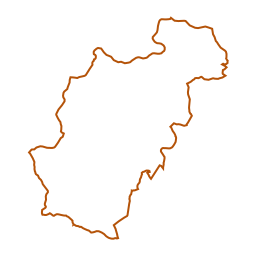 Conop, Arad, Romania (Mercator projection), rotated 271°
{"feature_id": "2599482B88852521299696", "entity_name": "Conop", "entity_type": "district", "adm_level": 2, "iso_a3": "ROU", "parent_name": "Romania", "parent_adm1": "Arad", "projection": "mercator", "projection_center": [21.825, 46.117], "detail": "fine", "context": "isolated", "style": "outline", "palette": "amber", "viewbox_px": 256, "rotation_deg": 271, "n_neighbors": 0, "source": "geoboundaries", "source_scale": "gbopen_adm2", "svg_char_len": 5011}
<svg xmlns="http://www.w3.org/2000/svg" viewBox="0 0 256 256"><g transform="rotate(271 128 128)"><path d="M213.1,216.9L215.3,215.5L215.7,215.1L216.5,214.3L218.6,213.6L220.4,213.0L223.2,211.4L228.7,210.4L229.8,207.0L230.5,204.7L230.8,203.5L229.1,196.3L229.4,193.3L231.7,187.9L236.0,183.7L236.2,182.3L235.8,176.5L236.1,172.7L238.9,169.0L237.8,168.4L237.5,167.0L237.3,164.9L237.2,163.4L237.3,161.4L237.3,159.4L236.4,158.1L235.3,157.4L233.5,156.9L230.5,156.2L226.4,155.8L224.1,155.2L222.0,153.5L219.4,151.2L217.8,151.1L216.3,152.0L214.7,153.2L213.8,154.6L213.3,155.7L213.2,157.8L212.8,159.8L211.1,162.2L209.2,163.3L207.0,163.3L205.7,162.8L204.7,161.4L203.3,160.1L202.8,158.0L202.8,156.2L203.2,152.7L203.0,151.1L202.1,149.8L200.8,147.8L199.6,146.7L198.6,145.5L198.2,144.0L197.8,141.8L198.8,138.3L198.9,136.9L198.3,134.9L195.5,130.8L193.9,129.1L193.4,127.6L192.7,123.7L193.3,122.1L194.1,119.9L193.6,117.1L195.6,112.6L198.9,109.9L199.6,108.2L200.7,105.2L203.2,102.6L207.0,99.8L207.5,96.6L206.7,95.1L206.3,94.7L204.9,93.1L203.6,92.4L202.4,92.4L201.2,92.6L200.5,94.0L199.5,94.6L198.2,94.6L197.1,94.4L195.9,93.3L195.9,92.8L194.4,92.5L193.9,91.8L193.4,91.5L192.6,91.2L191.6,91.2L190.6,91.4L186.5,88.7L182.5,86.3L180.2,84.9L179.4,83.7L178.8,81.4L178.1,78.4L177.1,76.4L177.4,74.3L177.6,72.3L177.7,70.7L177.7,69.6L175.1,68.9L172.4,68.8L170.6,68.1L168.7,67.4L167.6,67.0L165.9,66.6L163.3,63.6L162.0,62.9L159.1,62.5L157.5,62.8L155.5,64.1L153.6,64.1L149.8,61.7L145.3,58.2L140.9,56.1L140.0,56.0L137.0,57.5L134.6,58.9L132.8,60.3L130.7,60.7L128.8,61.4L125.2,61.3L123.4,61.0L122.4,61.8L121.4,63.9L118.1,62.9L116.7,60.9L112.0,58.2L107.9,55.4L107.1,54.3L106.7,52.4L106.8,47.4L108.0,43.0L108.2,40.6L106.9,36.8L105.0,34.7L104.8,32.1L104.0,31.3L101.8,29.5L101.5,29.8L100.5,30.7L96.1,33.3L92.4,35.0L89.4,34.8L87.4,35.3L85.3,35.2L84.4,35.4L82.9,35.7L82.3,36.1L81.2,36.3L80.2,36.8L78.8,38.9L76.4,39.9L74.6,41.9L72.5,43.1L71.1,43.5L70.3,43.8L64.6,48.3L63.6,49.0L62.3,49.0L60.3,47.5L58.2,47.0L54.8,47.3L51.1,46.2L49.8,46.2L49.2,46.4L48.1,47.2L47.5,47.2L46.7,46.7L44.6,43.6L44.3,43.6L42.4,43.4L40.9,43.5L39.8,44.0L39.9,44.9L39.6,46.0L39.6,47.6L39.7,48.1L40.1,48.9L40.6,50.2L41.4,51.3L41.0,52.1L40.3,53.0L39.0,54.8L39.0,55.6L39.8,56.7L40.3,57.7L40.6,58.5L40.5,59.6L40.3,60.9L40.0,62.1L39.7,63.6L39.4,65.3L39.3,66.6L39.4,67.6L38.6,68.5L38.5,68.8L38.3,69.4L37.9,70.1L35.6,72.8L35.1,73.4L34.2,74.2L33.2,74.1L32.2,74.4L31.0,75.2L30.3,75.1L30.5,75.4L30.1,76.5L29.4,77.5L29.1,78.8L29.1,79.7L28.8,80.4L28.2,81.7L28.4,82.1L28.3,83.0L27.1,84.7L26.3,86.4L25.1,89.3L24.9,90.4L24.1,91.5L22.8,93.0L23.0,94.4L23.0,94.6L23.6,96.6L24.3,98.3L24.3,100.1L24.1,101.0L23.0,103.6L21.5,106.0L19.6,107.9L19.2,108.4L18.2,110.0L17.7,111.0L17.1,113.4L17.1,115.6L17.2,115.8L17.5,116.5L17.7,117.8L17.5,118.2L17.4,118.9L17.5,119.3L17.7,120.0L20.1,119.2L20.6,119.2L22.1,118.8L25.9,117.6L26.8,117.4L30.6,115.5L34.4,120.2L34.7,120.6L38.2,125.6L38.4,125.9L40.0,128.6L40.7,129.0L49.8,130.2L52.1,130.5L54.2,130.9L55.0,131.1L55.6,131.0L56.9,130.8L57.1,130.6L58.1,130.9L58.7,130.8L59.2,130.8L59.8,131.0L60.2,131.3L61.1,131.6L61.7,132.3L62.5,132.4L63.9,132.7L65.4,132.9L65.5,132.9L65.4,133.2L65.3,133.7L65.4,133.9L65.5,134.0L65.7,134.3L65.7,134.5L65.7,135.0L65.7,135.6L65.9,136.2L67.1,139.1L67.7,138.8L68.6,138.5L69.6,138.4L70.1,138.4L70.7,138.5L71.5,138.8L71.8,139.0L72.5,139.5L73.1,140.0L73.6,140.4L74.0,140.5L74.6,140.7L75.1,140.7L75.7,140.7L76.1,140.8L76.6,140.8L77.2,141.0L77.7,141.2L78.5,141.7L79.0,141.9L80.2,142.2L80.8,142.3L81.4,142.6L81.9,142.8L82.0,142.7L82.9,142.6L83.5,142.6L83.8,143.1L84.4,143.8L84.5,144.5L84.9,145.5L85.4,146.2L85.8,147.3L85.8,148.1L85.7,149.5L85.2,150.3L84.4,150.4L84.3,148.8L83.6,148.0L81.6,149.4L80.1,150.0L78.4,151.2L77.6,151.9L91.2,160.3L90.7,161.8L89.7,162.6L88.2,163.8L89.3,163.8L91.0,164.1L92.3,164.3L93.8,164.2L94.8,164.5L96.5,164.8L98.7,165.1L100.0,164.9L100.3,164.5L101.2,164.0L101.8,163.6L102.7,163.0L105.0,161.4L105.7,161.3L106.8,161.4L107.9,162.1L108.4,162.8L108.6,163.4L108.5,164.8L108.5,166.5L108.3,169.4L108.5,170.7L109.5,172.5L110.7,173.4L112.2,174.4L114.8,175.8L116.0,176.0L118.9,176.3L119.9,176.1L120.4,175.6L121.1,175.6L122.3,175.1L123.6,174.4L125.9,172.7L127.0,172.2L128.6,171.5L129.5,171.0L130.0,170.4L133.5,173.8L132.5,176.6L132.7,178.4L132.4,180.3L131.5,183.0L131.2,184.1L131.9,186.7L132.8,186.7L134.5,187.9L141.3,191.6L143.2,190.6L143.4,190.1L145.4,189.1L146.3,189.1L149.1,188.7L149.6,188.7L151.4,188.8L157.8,189.3L162.7,187.5L164.9,187.3L169.8,187.9L173.4,186.3L175.2,189.8L176.1,190.9L177.1,192.0L177.8,193.3L178.9,194.1L179.2,195.3L179.1,197.2L179.1,197.8L180.4,200.1L180.4,200.7L178.1,203.5L177.6,207.7L178.9,211.3L179.2,212.2L178.8,214.1L178.7,217.3L179.3,218.6L180.1,221.5L182.0,224.5L183.7,221.9L184.6,221.6L187.6,221.9L188.3,223.4L190.4,225.5L191.6,224.1L193.2,221.0L193.9,222.0L193.4,222.9L193.3,223.8L193.7,225.1L194.8,226.4L195.8,226.3L197.0,226.5L197.6,225.9L199.2,224.9L200.4,225.2L203.8,225.2L206.0,224.6L207.0,223.7L210.0,219.2L212.6,217.3L213.1,216.9Z" fill="none" stroke="#b45309" stroke-width="2"/></g></svg>